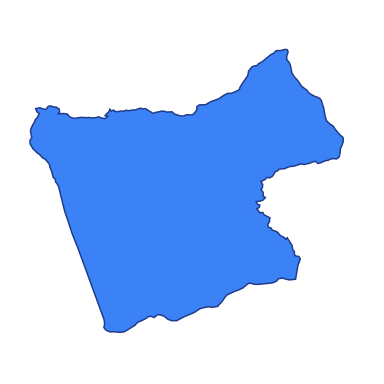 Cabeceiras, Goiás, Brazil (Albers equal-area conic projection), rotated 84°
{"feature_id": "56859067B98559858488802", "entity_name": "Cabeceiras", "entity_type": "district", "adm_level": 2, "iso_a3": "BRA", "parent_name": "Brazil", "parent_adm1": "Goiás", "projection": "albers", "projection_center": [-47.024, -15.748], "detail": "fine", "context": "isolated", "style": "filled", "palette": "blue", "viewbox_px": 384, "rotation_deg": 84, "n_neighbors": 0, "source": "geoboundaries", "source_scale": "gbopen_adm2", "svg_char_len": 3343}
<svg xmlns="http://www.w3.org/2000/svg" viewBox="0 0 384 384"><g transform="rotate(84 192 192)"><path d="M269.7,91.3L267.3,92.5L266.4,95.7L264.5,96.7L262.0,96.4L260.0,97.8L255.5,98.1L250.0,100.9L247.5,102.1L248.7,103.8L246.7,105.3L244.6,108.7L241.0,111.0L239.5,113.4L238.4,116.2L236.3,116.9L234.9,119.8L232.3,120.0L229.6,118.1L225.8,117.2L224.1,119.9L221.9,123.0L219.7,123.7L219.8,126.8L217.5,127.9L215.7,129.6L214.4,126.8L212.3,125.8L210.9,128.3L208.2,129.3L208.2,124.9L207.3,121.9L205.1,119.6L203.6,121.6L199.7,121.3L196.9,123.1L195.1,121.6L192.1,120.9L188.7,122.4L187.9,119.9L187.0,117.7L185.3,115.9L186.0,113.6L185.2,110.9L183.3,109.1L180.5,107.1L180.0,104.9L178.4,102.9L178.4,100.4L178.5,97.3L177.6,94.9L176.9,91.9L177.0,88.2L176.0,83.4L175.4,80.3L176.4,77.6L176.0,74.8L175.7,71.9L174.7,68.6L174.4,65.6L176.7,64.0L176.4,60.9L175.1,57.2L174.6,53.1L173.8,51.2L173.6,47.9L174.2,44.7L172.7,42.1L167.8,40.4L165.1,40.1L160.5,37.6L157.7,36.3L153.7,36.0L150.8,38.7L149.0,40.0L144.8,42.9L141.1,44.8L138.7,47.7L137.2,49.2L135.0,50.8L130.3,51.7L122.7,52.2L118.5,53.1L114.8,53.7L112.3,55.1L110.9,57.2L109.9,59.6L106.2,65.1L103.0,66.9L98.3,71.9L92.2,75.2L88.0,78.3L84.0,80.2L78.4,80.7L75.4,81.1L73.0,82.0L70.2,83.9L66.7,83.6L64.2,82.3L62.2,81.8L60.3,82.6L59.9,84.8L60.6,88.7L60.2,93.4L62.6,96.4L63.6,99.2L65.5,102.1L67.5,105.1L69.7,108.5L71.3,112.3L73.1,114.3L73.1,116.6L73.8,119.3L77.7,123.1L82.2,124.4L87.6,129.2L89.9,131.1L92.7,133.2L95.1,134.2L96.4,137.5L97.3,140.3L98.0,142.9L97.6,145.8L98.8,149.5L100.6,153.0L101.9,155.1L103.1,159.6L104.2,164.1L106.5,169.2L106.4,172.6L106.1,175.6L107.7,178.2L110.8,178.7L113.6,181.2L115.3,183.4L115.0,187.0L114.5,189.1L115.6,192.7L115.0,195.8L113.8,198.5L112.8,201.1L110.1,203.6L109.9,208.6L108.7,211.4L108.4,214.1L108.8,216.9L108.9,219.0L109.8,222.2L108.3,224.3L106.7,226.5L104.2,229.5L104.2,232.5L103.2,234.5L103.8,237.0L104.5,240.3L104.2,242.9L104.6,245.9L103.8,249.5L104.6,251.5L104.0,254.0L104.4,257.5L103.9,259.9L102.3,261.6L103.3,263.6L101.1,265.1L103.8,266.5L105.5,269.0L107.0,270.4L107.9,267.9L109.9,270.7L108.9,274.4L107.4,277.3L108.0,279.4L107.9,284.2L107.1,286.7L106.9,290.2L106.2,294.2L106.3,298.1L106.5,301.3L105.5,304.0L104.2,306.1L101.5,307.7L100.6,310.9L100.4,313.6L100.3,316.8L98.7,315.3L95.7,315.4L93.6,317.8L92.8,321.1L91.6,323.6L91.7,325.9L94.7,328.8L93.4,332.4L92.3,334.4L92.7,338.8L96.1,337.8L98.0,335.6L101.9,338.2L103.7,340.3L106.3,341.5L108.4,343.3L112.5,345.7L114.8,346.3L121.1,345.7L123.8,347.8L127.3,348.0L132.5,345.6L137.1,341.7L138.4,340.0L142.8,336.7L143.9,334.7L149.1,331.1L153.1,330.6L156.4,329.5L163.0,328.5L165.1,326.6L167.7,326.6L170.6,324.9L172.7,324.1L198.1,320.6L206.2,318.7L220.6,315.6L236.7,311.1L310.1,292.7L314.1,292.7L317.6,293.8L320.2,292.2L322.5,288.5L322.8,284.4L323.3,281.9L324.1,278.1L323.8,273.5L318.5,262.5L317.0,261.1L315.8,259.1L313.6,252.5L311.3,248.0L311.3,245.9L312.9,242.7L310.4,239.1L310.8,236.6L312.0,233.9L313.6,231.6L315.9,229.5L317.8,225.9L318.4,220.7L315.0,212.3L312.7,204.3L311.9,202.0L309.1,196.8L308.3,193.4L307.9,187.8L308.8,183.2L308.4,178.4L303.9,173.4L299.9,170.0L297.9,167.7L295.2,159.9L294.4,156.2L292.8,151.5L289.3,146.4L288.6,144.1L290.3,139.5L290.8,135.9L290.8,122.7L290.5,120.0L289.1,116.8L287.4,115.5L287.0,111.6L289.6,104.5L289.6,98.1L275.5,94.2L273.2,92.8L269.7,91.3Z" fill="#3b82f6" stroke="#1e3a8a" stroke-width="1.5"/></g></svg>